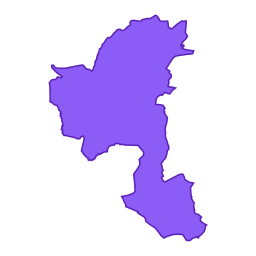 outline of Kiru, Kano, Nigeria
{"feature_id": "59680162B20086286793745", "entity_name": "Kiru", "entity_type": "district", "adm_level": 2, "iso_a3": "NGA", "parent_name": "Nigeria", "parent_adm1": "Kano", "projection": "orthographic", "projection_center": [8.129, 11.557], "detail": "fine", "context": "isolated", "style": "filled", "palette": "violet", "viewbox_px": 256, "rotation_deg": 0, "n_neighbors": 0, "source": "geoboundaries", "source_scale": "gbopen_adm2", "svg_char_len": 5650}
<svg xmlns="http://www.w3.org/2000/svg" viewBox="0 0 256 256"><path d="M206.6,225.0L203.6,223.4L201.4,221.7L200.0,219.4L201.5,217.2L198.4,214.4L195.8,213.9L194.0,211.9L194.1,211.7L194.5,211.2L194.4,210.8L194.5,210.7L194.8,210.3L194.4,209.7L194.2,209.0L193.6,205.2L194.3,202.9L192.9,201.4L192.7,200.5L192.0,199.4L191.5,198.7L190.8,197.9L191.8,197.2L191.6,196.8L191.6,196.4L191.2,195.4L191.0,194.4L190.5,187.6L193.6,183.1L189.2,182.2L185.0,179.6L184.4,177.8L184.1,176.7L183.1,174.5L182.7,174.1L181.0,174.2L179.7,174.4L178.5,174.9L164.9,182.0L162.9,180.5L161.5,177.3L163.5,176.1L162.1,173.5L162.2,173.4L161.6,172.0L162.5,171.3L162.6,170.9L163.3,170.2L162.2,168.6L162.1,167.8L162.0,166.6L162.0,166.0L161.6,165.3L161.4,164.4L161.4,163.4L162.1,162.3L162.6,161.8L163.4,160.4L163.9,159.6L164.7,159.2L165.0,158.7L165.1,158.3L165.5,158.2L165.7,157.6L165.8,157.1L166.3,155.8L166.5,155.2L166.8,154.0L167.4,150.7L167.5,150.2L168.1,149.9L168.9,148.8L168.7,147.2L168.6,146.1L168.1,144.9L167.6,143.8L167.4,142.6L167.1,141.6L166.7,140.5L166.0,138.5L165.5,136.7L165.3,135.4L165.3,134.5L165.5,133.6L165.6,132.5L165.2,130.2L165.2,128.7L165.6,126.5L166.8,122.3L167.1,119.9L167.1,119.0L167.4,117.5L166.0,115.9L165.6,114.6L165.0,114.1L164.1,113.1L164.7,112.4L164.7,111.6L163.9,110.8L163.8,110.1L164.5,109.1L165.0,108.3L164.2,107.3L163.8,106.4L162.9,105.2L160.3,104.8L157.2,104.5L155.5,104.4L156.0,101.2L156.3,99.1L157.2,97.0L161.1,94.6L162.1,95.4L164.7,92.5L169.7,94.0L170.7,92.6L171.8,91.3L172.4,90.4L175.5,88.0L173.6,87.5L171.1,87.0L168.4,86.7L168.1,86.5L168.2,85.1L168.6,84.2L168.7,83.4L168.9,82.4L168.8,81.9L168.8,81.5L168.7,80.3L169.6,79.0L171.0,77.5L171.4,76.1L171.0,74.3L169.2,73.2L169.8,71.1L166.1,68.8L170.5,61.8L173.1,58.0L175.3,56.2L180.7,55.2L188.2,54.2L192.6,53.8L193.7,50.8L192.7,50.7L188.4,50.1L184.3,49.3L181.9,48.0L184.0,46.3L183.6,45.0L181.9,45.7L180.7,45.7L180.9,44.9L182.5,42.8L183.3,41.3L186.4,38.4L186.9,37.0L187.5,36.1L186.1,33.9L185.3,32.4L185.8,28.4L186.3,21.5L186.1,20.9L183.6,21.2L181.8,21.0L180.3,22.0L176.8,24.4L172.5,28.3L170.9,28.9L168.4,26.7L167.8,21.4L167.6,21.1L161.8,21.4L159.7,20.5L158.5,17.8L156.6,15.6L155.3,15.4L155.0,15.4L153.3,16.8L151.1,18.0L149.4,18.7L147.8,18.4L143.9,19.3L141.8,19.9L141.5,20.6L140.8,21.1L138.3,21.2L136.7,20.7L134.1,20.4L132.0,20.5L130.7,21.2L130.0,22.4L130.0,23.4L130.2,24.0L130.5,24.4L129.8,25.4L128.5,26.1L127.4,26.9L125.6,28.7L124.2,30.0L123.2,30.5L122.5,30.5L121.2,30.1L120.3,29.4L119.0,29.3L117.6,29.6L116.4,30.4L115.3,32.0L114.2,32.8L111.9,35.9L110.1,37.6L109.1,37.5L107.7,37.7L106.9,38.5L106.0,39.7L104.4,42.4L102.1,44.8L101.8,46.2L101.3,48.0L100.2,48.5L99.6,48.8L99.2,50.8L98.7,52.4L98.1,53.6L98.1,54.0L97.7,54.3L97.7,55.2L97.2,55.9L96.6,58.8L96.6,59.9L95.9,60.3L95.3,61.1L95.0,62.1L95.0,64.4L94.7,65.3L94.4,66.1L93.8,66.9L93.4,68.8L92.0,71.2L89.1,69.3L87.5,69.3L85.6,68.4L84.9,67.0L82.9,65.0L79.6,65.4L65.0,68.3L59.8,68.3L55.4,67.9L53.5,65.2L51.6,65.3L52.0,67.9L56.7,72.6L62.3,76.7L60.6,77.8L57.7,76.8L55.5,79.6L53.2,79.5L51.4,80.2L49.4,82.6L49.9,86.2L50.0,89.1L50.2,97.6L50.0,101.7L52.1,102.7L53.8,104.3L55.2,105.0L57.1,105.4L58.4,108.3L59.0,110.4L60.2,111.1L60.7,111.6L60.9,112.1L60.7,112.7L60.2,113.3L60.9,113.7L61.3,113.9L61.3,114.4L60.7,114.9L60.2,115.2L60.1,115.7L60.5,116.1L61.3,117.7L61.3,118.4L61.8,118.8L62.1,119.1L62.0,119.7L61.7,120.4L61.9,121.2L62.2,121.7L62.5,122.4L62.7,124.6L63.0,125.7L62.9,126.0L62.2,125.9L61.9,126.1L61.8,126.6L62.0,128.2L61.9,128.8L61.4,129.1L61.3,129.5L61.7,129.7L62.5,129.9L62.7,130.0L62.8,130.8L62.4,131.4L62.1,131.8L62.1,132.2L62.5,132.5L62.6,132.8L62.5,133.3L62.6,133.8L63.5,134.1L64.0,135.5L66.2,135.5L68.8,136.3L75.1,137.6L76.4,138.6L79.3,138.8L80.2,138.3L81.1,136.7L83.2,136.1L84.3,138.5L82.4,146.3L81.4,150.9L84.6,155.4L84.8,155.5L86.5,157.3L87.9,158.1L88.0,158.5L88.1,159.0L88.2,159.6L88.4,160.2L88.7,160.3L88.9,160.2L89.0,160.1L89.3,160.1L90.1,159.9L90.4,159.9L90.8,160.1L91.0,160.2L91.2,160.4L91.4,160.5L91.5,160.5L91.7,160.3L91.9,160.0L92.0,159.9L92.7,159.8L92.8,159.8L93.2,159.9L93.4,159.8L93.5,159.7L93.4,159.3L93.5,159.2L94.1,159.0L94.2,158.9L94.3,158.8L94.6,158.8L94.9,158.7L95.0,158.5L95.0,158.0L95.2,157.7L95.4,157.5L95.6,157.4L95.8,157.1L95.8,156.8L95.8,156.2L95.9,155.8L96.2,155.6L96.5,155.5L96.9,155.4L97.2,155.5L97.4,155.5L97.7,155.3L97.9,155.0L97.9,154.3L98.0,154.0L98.2,153.9L98.5,153.8L99.0,154.0L99.3,154.1L99.7,154.3L100.0,154.3L100.6,154.1L100.9,153.7L101.0,153.4L102.6,153.0L103.1,152.4L103.5,152.2L104.0,152.0L104.9,152.0L105.8,151.9L106.5,151.9L107.3,151.7L107.5,151.2L107.3,150.9L107.2,150.4L107.2,150.1L107.5,149.7L107.8,149.3L107.7,149.0L108.0,147.9L108.8,146.9L109.4,146.3L110.5,145.7L110.9,145.5L111.8,145.3L113.1,145.2L114.4,145.0L115.2,143.8L115.8,143.4L116.2,143.2L116.4,143.5L116.8,143.8L117.3,143.8L117.9,143.4L118.6,143.3L119.3,143.8L120.0,144.7L120.8,144.6L121.8,144.0L122.0,144.3L125.0,145.0L138.1,145.4L141.9,150.0L143.4,151.7L143.7,152.9L143.4,155.6L142.1,156.5L140.8,157.8L139.2,159.4L139.6,160.9L139.8,164.7L137.5,168.7L133.7,174.2L134.7,183.3L135.1,191.1L133.8,192.9L128.4,195.2L121.7,196.5L123.3,199.3L123.9,201.2L124.8,202.9L125.6,204.3L125.8,206.6L132.2,209.3L135.1,210.6L136.3,210.9L138.1,211.8L137.5,212.7L140.0,214.5L145.0,217.5L146.0,221.5L149.6,224.3L155.0,227.8L157.7,231.0L159.5,233.5L160.8,235.3L163.8,238.0L168.3,236.0L172.8,234.6L177.6,234.1L179.3,234.3L182.8,234.7L183.6,235.6L183.9,236.3L184.7,237.8L185.3,238.6L185.9,239.6L187.2,240.6L189.9,240.5L191.0,239.8L191.9,238.8L193.0,238.2L194.5,237.6L196.0,237.4L197.2,236.7L197.8,237.8L198.4,237.9L198.6,237.1L199.9,235.7L202.2,233.8L204.3,231.2L205.1,228.8L205.4,226.1L205.8,225.4L206.6,225.0Z" fill="#8b5cf6" stroke="#5b21b6" stroke-width="1.5"/></svg>